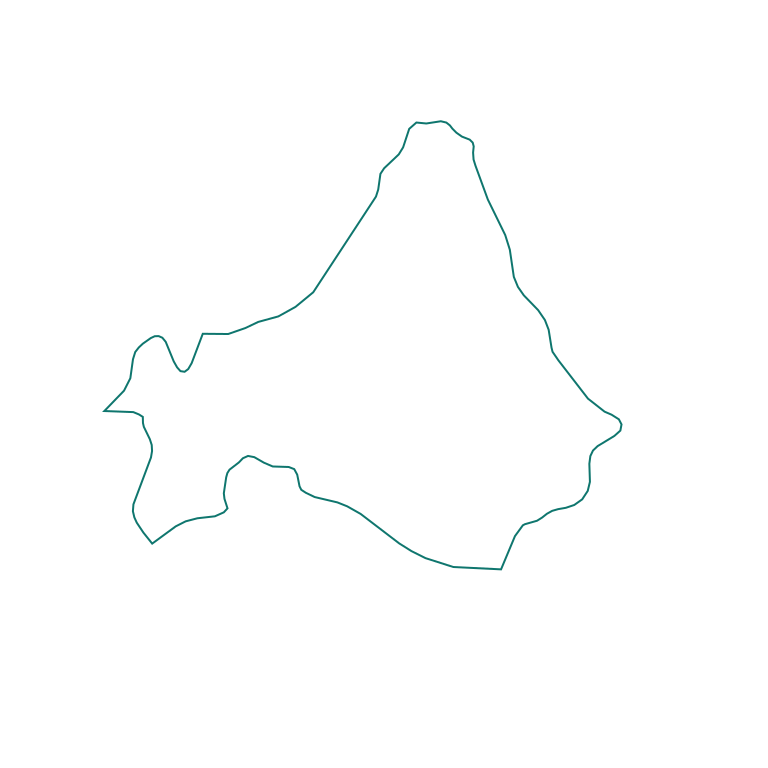 SVG path tracing the border of Bouira, rotated 301°
{"feature_id": "DZA-2210", "entity_name": "Bouira", "entity_type": "Province", "adm_level": 1, "iso_a3": "DZA", "parent_name": "Algeria", "parent_adm1": "", "projection": "robinson", "projection_center": [3.808, 36.278], "detail": "fine", "context": "isolated", "style": "outline", "palette": "teal", "viewbox_px": 768, "rotation_deg": 301, "n_neighbors": 0, "source": "natural_earth", "source_scale": "10m", "svg_char_len": 1726}
<svg xmlns="http://www.w3.org/2000/svg" viewBox="0 0 768 768"><g transform="rotate(301 384 384)"><path d="M618.3,349.9L595.6,378.0L574.1,411.2L563.9,422.7L542.7,440.1L536.2,448.8L532.0,458.2L526.7,478.1L521.7,489.0L515.3,497.2L501.4,508.9L498.4,511.9L494.1,521.3L476.5,566.4L473.9,587.3L474.9,594.9L474.7,603.5L471.7,608.4L465.8,610.6L458.1,608.2L440.8,599.1L434.6,597.4L428.5,598.0L421.4,601.1L406.2,610.9L397.3,613.7L387.2,613.3L378.3,609.4L371.5,603.6L366.4,597.7L361.9,593.5L356.7,590.5L350.9,588.3L345.6,585.6L336.4,577.0L334.4,575.8L321.1,574.6L285.4,579.8L262.8,537.6L256.1,509.2L254.9,493.6L255.2,479.1L260.6,430.9L260.2,415.5L258.5,405.0L251.4,382.8L250.5,373.1L250.7,367.6L252.8,364.3L261.6,356.3L264.8,350.9L263.8,345.1L256.0,331.1L254.7,321.5L254.5,310.5L252.3,304.5L247.7,301.3L242.0,300.0L231.0,295.7L227.0,295.6L222.7,296.8L207.8,303.0L203.4,306.4L196.8,313.9L191.5,312.8L183.5,307.2L172.8,293.2L164.1,284.7L154.7,278.8L127.8,267.5L132.7,254.3L137.8,243.5L141.1,238.7L145.6,234.3L151.8,231.2L201.0,222.1L207.1,219.7L212.1,216.3L216.1,211.7L223.6,200.2L226.4,197.5L231.6,194.2L231.7,189.6L230.8,183.6L216.8,158.2L244.4,164.6L258.3,163.6L275.9,156.1L283.3,154.3L289.0,155.0L294.3,156.5L303.2,160.4L306.9,162.9L309.0,166.2L309.5,170.2L307.7,175.2L295.1,192.1L291.7,198.1L290.2,202.9L291.8,206.8L296.0,208.5L302.8,208.4L333.7,202.8L346.6,224.7L360.5,236.3L372.4,244.2L387.5,258.6L404.5,268.4L426.2,276.1L540.5,280.6L547.7,278.9L562.3,272.7L569.0,273.0L588.4,278.4L596.7,278.5L615.7,274.2L624.8,277.1L629.1,286.1L638.5,297.4L640.2,302.8L639.6,307.3L638.1,311.1L636.7,316.6L636.2,323.4L637.6,331.6L636.6,335.7L633.9,338.5L628.2,341.2L622.5,345.2L618.3,349.9Z" fill="none" stroke="#0f766e" stroke-width="2"/></g></svg>